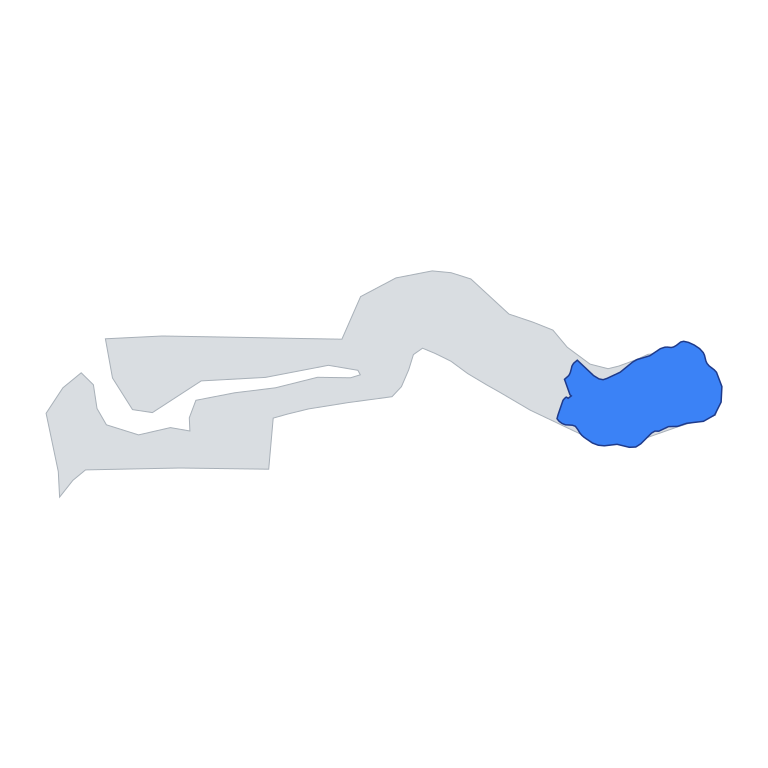 location of Upper River within Gambia
{"feature_id": "GMB-2152", "entity_name": "Upper River", "entity_type": "Division", "adm_level": 1, "iso_a3": "GMB", "parent_name": "Gambia", "parent_adm1": "", "projection": "equal_earth", "projection_center": [-14.24, 13.404], "detail": "fine", "context": "in_parent", "style": "filled", "palette": "blue", "viewbox_px": 768, "rotation_deg": 0, "n_neighbors": 0, "source": "natural_earth", "source_scale": "10m", "svg_char_len": 1937}
<svg xmlns="http://www.w3.org/2000/svg" viewBox="0 0 768 768"><path d="M105.4,338.8L162.3,336.0L231.4,337.2L306.5,338.6L341.9,339.2L360.6,296.6L396.0,277.9L432.2,270.9L451.0,272.7L470.9,279.0L509.0,314.1L532.8,322.1L552.9,330.1L567.2,347.2L590.0,364.1L608.0,368.7L618.7,366.1L636.4,359.6L648.1,354.3L686.2,352.1L714.2,371.7L720.1,393.1L715.5,415.1L677.8,426.8L625.7,445.1L582.6,435.1L530.1,410.1L499.5,392.1L486.7,384.9L467.6,373.5L450.9,361.2L434.8,353.3L422.5,348.2L413.4,354.6L408.7,369.8L401.4,386.7L392.0,396.7L348.0,402.6L308.6,408.9L287.4,414.1L273.2,418.1L268.7,469.2L223.9,468.6L180.0,468.0L134.5,468.9L85.5,469.9L72.9,480.3L59.6,497.1L58.3,471.6L46.1,413.3L62.9,387.8L81.2,372.8L93.4,384.8L97.0,408.5L106.4,424.8L138.5,434.9L170.4,427.6L189.9,431.0L189.3,417.8L195.9,400.3L234.6,392.8L275.5,387.8L317.5,377.3L350.5,377.8L360.3,374.8L357.9,370.3L328.4,365.3L265.4,377.4L201.2,380.9L152.4,412.6L132.5,409.6L112.5,378.0L105.4,338.8Z" fill="#d9dde1" stroke="#a8b0b8" stroke-width="1"/><path d="M577.3,360.2L593.6,375.6L599.0,378.9L603.1,379.7L607.0,378.4L620.2,372.2L632.7,362.0L636.9,359.6L649.9,355.7L660.3,348.7L664.8,347.2L667.3,347.1L671.2,347.5L673.5,347.0L676.2,345.5L680.7,342.0L683.7,341.3L688.5,342.4L694.2,345.0L699.6,348.6L703.3,352.7L704.5,355.3L705.9,361.0L707.1,363.6L707.6,364.1L709.1,365.9L714.2,369.8L716.5,372.3L721.9,386.6L721.1,402.1L714.7,414.9L703.5,421.3L686.6,423.3L677.5,426.4L668.5,426.6L658.8,431.2L654.9,431.1L651.5,433.1L640.8,443.8L635.8,447.0L629.3,447.3L617.1,444.3L604.3,445.8L598.2,445.2L592.4,443.0L584.2,437.4L581.8,435.3L579.7,432.7L577.9,429.7L575.4,426.3L572.4,425.2L565.4,424.8L562.1,423.5L559.1,421.3L557.0,418.7L558.0,414.9L563.0,400.3L564.6,398.4L566.2,397.1L567.2,397.6L568.1,398.3L571.3,395.9L570.0,394.8L564.5,379.3L568.5,375.8L569.4,374.5L570.3,372.5L571.4,368.5L571.9,366.2L572.9,364.4L573.8,363.1L577.3,360.2L577.3,360.2Z" fill="#3b82f6" stroke="#1e3a8a" stroke-width="1.5"/></svg>